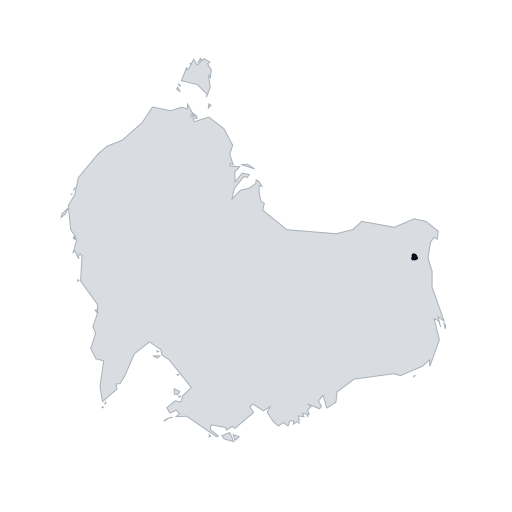 location of Cunderdin, Western Australia, Australia, rotated 189°
{"feature_id": "25037944B27165515239628", "entity_name": "Cunderdin", "entity_type": "district", "adm_level": 2, "iso_a3": "AUS", "parent_name": "Australia", "parent_adm1": "Western Australia", "projection": "albers", "projection_center": [117.202, -31.613], "detail": "fine", "context": "in_parent", "style": "filled", "palette": "ink", "viewbox_px": 512, "rotation_deg": 189, "n_neighbors": 0, "source": "geoboundaries", "source_scale": "gbopen_adm2", "svg_char_len": 5012}
<svg xmlns="http://www.w3.org/2000/svg" viewBox="0 0 512 512"><g transform="rotate(189 256 256)"><path d="M389.7,102.7L390.0,128.6L398.0,129.4L404.8,138.9L402.3,154.2L406.0,160.8L403.5,175.2L405.1,183.4L425.3,203.8L427.9,228.9L430.2,230.8L431.9,227.0L435.7,232.7L437.1,230.9L435.7,242.9L437.6,247.2L443.0,252.8L449.3,276.1L444.5,288.6L443.8,305.5L428.0,332.0L420.3,341.1L406.1,349.6L389.2,370.1L381.5,387.0L363.1,386.1L352.4,391.4L346.9,390.6L347.3,395.4L340.7,386.7L342.3,385.6L342.1,383.8L340.6,383.4L337.1,385.4L335.5,383.2L339.6,381.4L338.2,378.9L324.4,385.8L307.7,376.8L296.4,361.8L297.8,352.4L292.9,342.6L295.7,343.5L296.1,340.9L286.0,341.6L290.1,335.8L288.2,325.9L282.6,335.7L275.3,335.4L277.1,332.1L280.4,332.7L288.0,319.3L288.7,308.3L281.6,318.6L273.6,321.6L267.6,327.6L267.7,331.2L265.0,330.2L260.9,325.6L263.9,326.1L262.9,319.0L259.7,310.7L256.0,309.1L256.5,302.3L229.7,286.8L180.4,290.5L164.4,297.3L157.1,306.7L123.9,306.0L105.7,317.5L93.6,316.8L79.9,309.0L79.6,300.9L83.0,302.2L85.8,297.2L85.8,280.8L79.7,268.5L77.3,253.0L60.1,221.2L66.7,224.4L62.5,214.7L65.4,220.4L70.3,222.0L61.8,202.1L67.0,174.2L68.4,180.6L74.1,173.4L94.6,160.5L101.9,161.2L139.7,149.8L154.7,134.4L154.2,124.0L162.3,116.9L168.0,128.8L171.7,122.6L167.8,117.8L169.3,115.1L181.8,117.8L177.9,116.4L180.8,112.0L178.8,107.9L185.6,107.8L183.4,104.7L189.1,104.7L187.5,100.3L192.8,95.8L192.9,98.7L196.9,98.7L197.7,93.3L203.2,95.7L207.3,91.6L213.1,95.2L220.5,103.5L218.5,109.5L224.6,104.2L235.8,109.3L238.5,106.3L233.9,101.1L250.0,82.3L252.6,84.0L257.9,79.5L259.3,81.9L273.7,82.2L274.0,77.3L264.9,72.4L266.7,71.3L299.4,86.9L309.9,84.8L306.8,88.3L310.6,91.2L316.5,87.4L320.3,92.2L313.3,100.3L307.3,100.0L306.5,106.6L299.3,116.0L325.8,140.1L333.5,143.6L335.2,148.6L347.8,154.5L360.8,140.4L366.8,117.2L370.3,108.8L374.2,107.5L372.5,102.9L384.8,88.2L389.7,102.7ZM329.2,407.7L340.8,416.2L357.1,417.4L354.0,431.7L353.7,428.9L351.3,431.4L348.3,440.6L344.0,435.3L338.3,442.8L331.9,440.4L333.9,438.3L329.3,432.8L328.9,424.9L331.1,426.9L327.7,415.3L329.2,407.7ZM248.9,69.2L258.9,70.4L261.6,73.3L254.3,77.5L248.9,69.2ZM271.0,341.8L285.0,344.0L278.6,345.3L271.0,341.8ZM315.0,106.7L316.1,112.2L310.1,110.2L311.8,106.8L315.0,106.7ZM449.2,273.6L450.8,267.7L454.5,263.6L454.2,267.4L449.2,273.6ZM356.4,406.1L360.4,408.5L359.9,410.5L356.4,406.1ZM247.7,70.6L250.6,75.9L244.3,74.9L247.7,70.6ZM326.4,398.9L324.0,397.8L326.2,394.7L326.4,398.9ZM341.7,141.1L338.5,142.0L335.5,142.3L337.5,139.7L341.7,141.1ZM60.1,219.7L57.8,216.9L57.5,214.2L57.8,214.0L60.1,219.7ZM358.4,412.2L359.7,414.0L356.8,412.0L358.4,412.2ZM437.3,244.2L439.3,244.8L438.5,247.4L437.3,244.2ZM404.2,175.1L406.3,177.3L405.6,178.1L404.2,175.1ZM342.5,440.3L342.0,442.6L340.6,441.5L342.5,440.3ZM446.7,291.8L445.8,295.0L445.5,294.9L446.7,291.8ZM274.2,72.3L272.7,70.7L273.9,70.1L274.2,72.3ZM320.2,80.0L317.3,82.0L320.9,78.2L320.2,80.0ZM448.3,288.1L447.0,288.8L448.0,287.9L448.3,288.1ZM315.3,126.7L313.9,127.0L314.8,125.9L315.3,126.7ZM310.3,105.7L308.5,105.7L309.8,104.3L310.3,105.7ZM81.4,160.7L80.9,162.9L80.2,162.7L81.4,160.7ZM382.2,86.4L381.7,88.1L381.3,86.7L382.2,86.4ZM340.4,384.2L340.5,385.4L340.1,384.9L340.4,384.2ZM316.6,82.6L313.0,83.8L316.8,82.2L316.6,82.6ZM187.9,97.8L186.6,98.9L187.5,97.5L187.9,97.8ZM343.8,438.9L342.9,439.1L343.6,438.4L343.8,438.9ZM339.1,146.9L337.3,146.5L338.5,145.6L339.1,146.9ZM180.7,106.6L179.8,107.2L179.8,105.6L180.7,106.6ZM351.3,435.8L350.0,436.2L350.7,435.0L351.3,435.8ZM384.4,82.1L383.9,83.2L383.1,82.4L384.4,82.1ZM339.4,385.5L340.2,386.9L338.4,386.1L339.4,385.5ZM428.2,204.6L427.1,204.3L427.9,203.1L428.2,204.6ZM431.0,226.6L430.5,226.4L431.2,225.5L431.0,226.6ZM330.2,406.1L329.7,406.9L329.6,405.7L330.2,406.1Z" fill="#d9dde1" stroke="#a8b0b8" stroke-width="1"/><path d="M100.4,277.5L100.2,277.5L100.0,277.4L100.0,277.2L99.9,277.2L99.7,277.2L99.4,277.2L99.4,277.3L99.2,277.3L99.2,277.5L99.1,277.4L98.7,277.4L98.4,277.4L98.4,277.5L98.2,277.6L98.2,277.8L97.8,277.8L97.8,278.0L97.6,278.0L97.4,278.2L97.2,278.3L96.9,278.4L96.7,278.5L96.7,278.4L96.5,278.5L96.6,278.8L96.4,278.9L96.5,278.9L96.5,279.0L96.6,278.9L96.6,279.0L96.8,279.1L96.9,279.3L97.0,279.5L97.1,279.8L97.3,280.1L97.3,280.3L97.4,280.5L97.5,280.5L97.4,280.7L97.4,280.8L97.4,280.7L97.5,280.8L97.6,281.0L97.7,281.3L97.8,281.4L97.8,281.5L97.8,281.4L97.9,281.6L98.0,281.6L98.3,281.6L98.5,281.6L98.6,281.9L98.8,281.9L98.9,282.0L99.1,281.9L99.1,282.0L99.3,282.0L99.3,281.9L99.5,281.9L99.8,281.8L100.0,281.8L100.0,282.0L100.3,282.2L100.3,282.3L100.5,282.4L100.6,282.5L100.7,282.4L100.8,282.4L101.0,282.4L100.9,282.4L101.5,282.0L101.5,281.9L101.4,281.7L101.2,281.5L101.3,281.5L101.3,281.4L101.4,281.2L101.2,281.2L101.3,281.1L101.2,281.0L101.2,280.7L101.2,280.4L101.2,280.2L101.3,280.2L101.2,280.2L101.2,279.9L101.1,279.7L101.3,279.7L101.4,279.4L101.4,279.1L101.4,278.8L101.4,278.7L101.4,278.4L101.5,278.4L101.5,278.2L101.2,278.2L101.3,278.1L101.4,277.9L101.0,277.9L101.1,277.6L100.9,277.5L100.7,277.5L100.7,277.4L100.6,277.5L100.4,277.5L100.4,277.5Z" fill="#0f172a" stroke="#020617" stroke-width="1.5"/></g></svg>